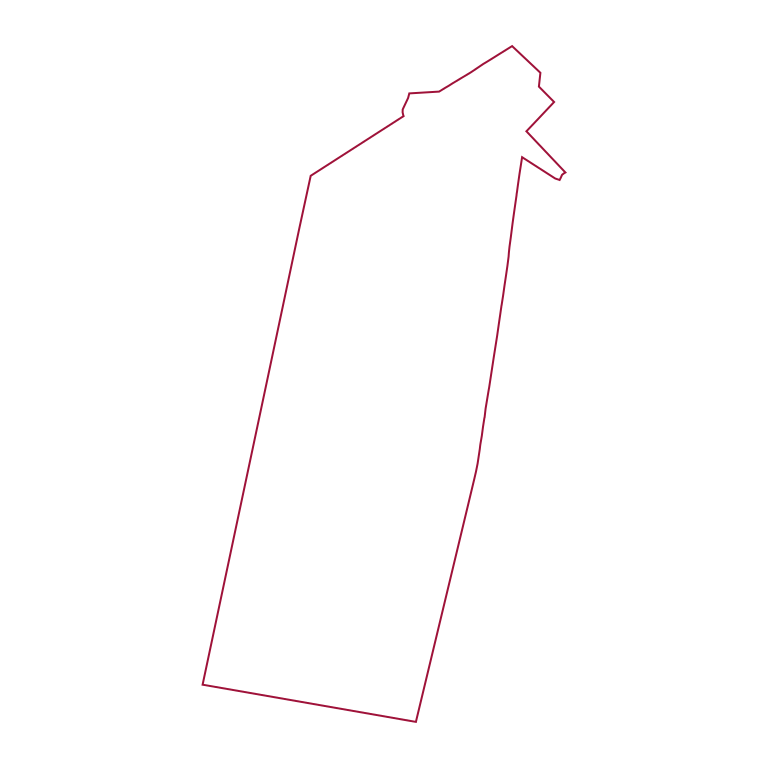 outline of Chahuites, Oaxaca, Mexico
{"feature_id": "50627088B15401980188153", "entity_name": "Chahuites", "entity_type": "district", "adm_level": 2, "iso_a3": "MEX", "parent_name": "Mexico", "parent_adm1": "Oaxaca", "projection": "equal_earth", "projection_center": [-94.19, 16.276], "detail": "fine", "context": "isolated", "style": "outline", "palette": "rose", "viewbox_px": 768, "rotation_deg": 0, "n_neighbors": 0, "source": "geoboundaries", "source_scale": "gbopen_adm2", "svg_char_len": 1141}
<svg xmlns="http://www.w3.org/2000/svg" viewBox="0 0 768 768"><path d="M535.3,140.7L528.7,133.7L526.4,131.3L537.9,119.2L554.1,102.0L538.9,86.6L540.4,72.8L535.0,67.7L512.1,46.1L506.8,49.4L498.6,54.5L494.0,57.4L485.9,62.4L483.2,64.0L478.8,67.0L470.6,72.5L461.4,78.0L452.6,83.3L448.7,85.8L445.1,87.9L439.1,91.6L409.3,93.4L408.1,98.0L403.6,107.5L402.7,109.5L402.6,112.3L403.2,115.0L403.6,116.1L310.7,175.8L299.3,228.4L268.0,376.4L234.4,534.8L202.6,684.7L415.9,721.9L468.1,504.8L474.4,478.5L476.0,471.6L477.6,463.6L479.8,449.0L480.2,445.5L480.4,444.1L481.8,436.0L483.0,426.9L484.4,417.9L484.6,417.4L485.6,408.6L488.6,390.5L489.2,387.2L493.8,357.0L497.1,336.1L498.9,323.5L500.2,314.6L501.2,307.6L501.3,307.1L501.4,306.0L501.6,305.2L503.1,295.6L504.5,285.6L506.0,275.6L507.4,266.0L508.6,256.6L508.9,252.5L509.5,246.8L510.8,237.3L512.6,223.1L514.0,213.0L515.4,203.2L516.5,195.6L516.7,193.6L517.0,191.9L517.5,188.1L518.1,183.7L519.5,173.9L521.0,164.3L522.1,157.2L555.2,178.5L559.6,180.0L560.4,178.5L561.1,177.0L561.9,175.1L562.4,174.5L563.1,174.0L564.0,173.3L565.4,172.5L560.1,166.9L535.3,140.7Z" fill="none" stroke="#9f1239" stroke-width="2"/></svg>